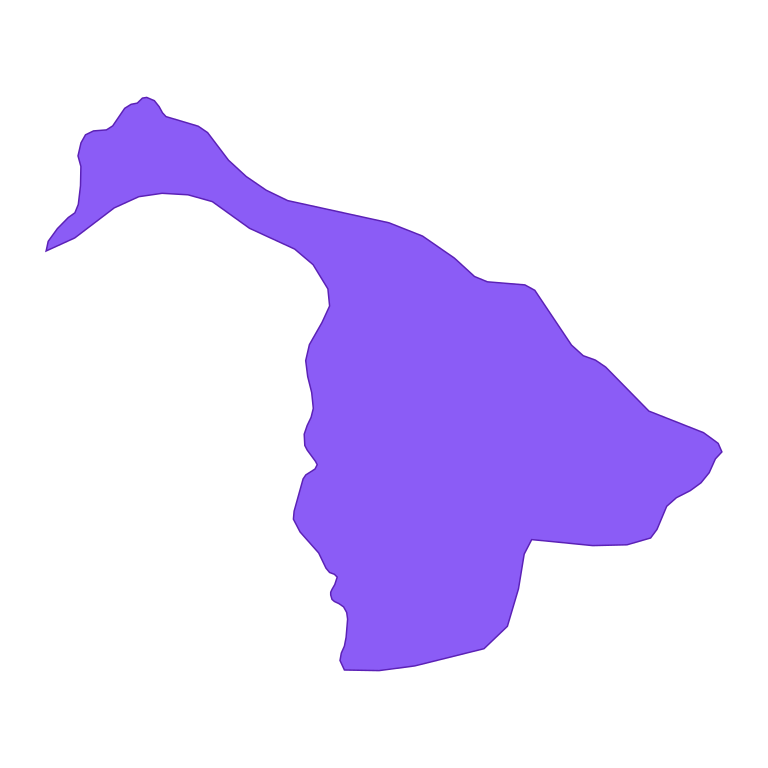 the Province of Aklan
{"feature_id": "PHL-2525", "entity_name": "Aklan", "entity_type": "Province", "adm_level": 1, "iso_a3": "PHL", "parent_name": "Philippines", "parent_adm1": "", "projection": "albers", "projection_center": [122.165, 11.627], "detail": "fine", "context": "isolated", "style": "filled", "palette": "violet", "viewbox_px": 768, "rotation_deg": 0, "n_neighbors": 0, "source": "natural_earth", "source_scale": "10m", "svg_char_len": 1471}
<svg xmlns="http://www.w3.org/2000/svg" viewBox="0 0 768 768"><path d="M46.1,251.0L46.6,248.8L48.2,241.3L57.4,228.6L68.3,217.5L74.9,212.8L78.3,204.4L80.5,185.8L80.9,166.5L78.0,155.9L81.0,142.8L85.5,134.8L93.5,130.9L106.4,129.9L112.7,125.9L124.7,108.3L131.1,104.3L137.3,103.1L142.4,98.1L146.7,97.4L154.4,100.7L159.1,106.6L162.5,112.8L166.0,116.6L198.2,126.2L207.6,132.6L228.5,160.2L246.2,176.5L266.2,190.2L287.7,200.6L389.0,222.8L422.6,236.1L454.4,258.1L474.5,276.5L487.3,281.8L524.9,284.9L534.8,290.3L571.5,345.1L583.2,355.7L595.4,360.1L605.7,367.1L648.9,411.1L703.6,432.7L718.2,443.4L721.9,451.9L715.4,458.9L709.2,472.7L701.0,482.8L690.3,490.6L676.4,497.7L666.7,506.3L657.0,529.4L650.6,538.0L627.0,544.8L592.7,545.6L531.7,539.6L524.2,554.1L518.5,588.8L507.4,626.3L484.0,648.7L414.8,665.9L379.1,670.6L344.4,670.0L340.0,660.5L341.3,653.1L344.4,646.1L346.1,637.3L347.6,619.2L346.7,612.5L343.6,606.9L338.9,603.6L334.4,601.5L332.0,599.4L330.7,595.0L330.7,592.2L332.1,589.2L334.8,584.5L337.2,577.1L334.4,574.3L329.6,572.5L326.0,568.2L318.7,553.0L300.1,532.0L293.4,519.2L294.1,511.2L303.1,478.9L305.8,474.9L315.0,469.0L317.2,464.7L315.5,461.4L307.2,450.1L304.8,445.5L304.2,434.2L307.2,425.4L311.1,417.3L313.3,408.4L311.7,392.6L307.7,376.6L305.7,360.6L309.4,344.6L322.0,322.5L329.6,306.0L327.9,288.9L313.1,264.7L294.7,249.1L249.5,228.3L212.3,201.6L188.0,194.8L162.1,193.3L138.8,196.7L114.2,207.9L74.8,237.9L46.1,251.0Z" fill="#8b5cf6" stroke="#5b21b6" stroke-width="1.5"/></svg>